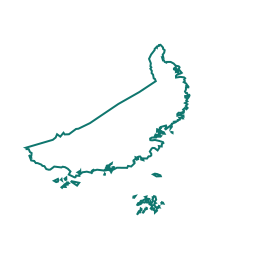 outline of Camarines Norte, Camarines Norte, Philippines, rotated 125°
{"feature_id": "2640588B74898440822212", "entity_name": "Camarines Norte", "entity_type": "district", "adm_level": 2, "iso_a3": "PHL", "parent_name": "Philippines", "parent_adm1": "Camarines Norte", "projection": "orthographic", "projection_center": [122.776, 14.169], "detail": "fine", "context": "isolated", "style": "outline", "palette": "teal", "viewbox_px": 256, "rotation_deg": 125, "n_neighbors": 0, "source": "geoboundaries", "source_scale": "gbopen_adm2", "svg_char_len": 5836}
<svg xmlns="http://www.w3.org/2000/svg" viewBox="0 0 256 256"><g transform="rotate(125 128 128)"><path d="M202.8,200.4L202.5,198.8L203.3,198.7L202.3,197.1L203.9,194.6L203.8,192.6L206.1,191.3L207.2,191.5L207.6,191.1L207.4,190.6L207.7,190.3L207.9,190.8L207.3,192.8L206.3,192.5L207.4,192.8L210.1,188.7L208.8,185.9L209.6,183.4L208.6,181.9L207.7,177.9L208.1,176.4L207.2,174.6L208.5,171.4L207.6,168.9L206.6,167.8L201.9,166.3L198.5,159.9L197.2,159.3L196.2,157.1L195.9,153.9L196.6,150.2L200.1,149.8L199.1,143.5L198.5,142.8L196.7,143.2L195.1,140.4L193.0,142.0L193.2,143.8L191.6,143.1L192.2,142.0L190.9,142.2L192.9,140.6L190.4,139.9L187.4,136.7L185.6,132.2L185.0,132.8L184.0,133.0L182.7,132.7L182.0,132.1L181.0,132.0L182.0,132.0L184.3,132.7L185.0,132.6L185.3,132.2L182.7,131.8L179.9,129.4L176.6,123.3L173.5,122.5L172.9,123.0L172.3,122.5L171.8,123.5L171.2,123.7L169.4,122.5L170.6,122.8L170.4,121.8L168.1,121.9L166.2,121.1L166.9,120.8L168.1,121.7L170.0,121.3L171.3,122.1L171.3,118.2L170.2,117.2L169.1,118.2L168.5,117.7L168.6,117.0L167.2,117.2L168.6,116.8L169.2,118.1L169.3,116.7L168.4,116.3L171.4,117.4L172.2,117.0L166.9,114.3L161.1,105.8L159.1,106.2L157.7,103.3L153.1,102.4L152.0,103.3L152.4,104.1L151.5,104.9L148.5,104.1L147.6,105.0L147.4,104.3L148.9,103.5L149.0,102.7L147.6,101.8L145.4,103.8L145.7,103.2L144.4,101.8L144.8,100.3L146.3,99.1L145.6,96.9L144.3,98.3L142.1,94.9L139.4,94.9L138.7,93.8L137.2,93.2L135.8,94.1L134.8,96.6L131.2,96.8L130.1,96.3L129.2,94.7L129.4,90.9L126.2,91.0L125.1,92.3L123.8,89.8L121.7,91.1L120.0,90.4L119.5,91.2L120.4,94.2L120.4,94.3L119.9,94.3L120.5,94.5L122.3,99.0L124.3,101.2L125.1,102.7L124.7,103.2L123.9,103.8L122.1,102.9L119.7,99.5L118.2,99.3L119.2,101.4L117.5,101.7L116.5,98.6L117.1,98.2L118.2,98.9L116.5,96.4L115.6,96.3L116.4,98.7L115.7,99.2L114.9,98.7L115.1,99.3L113.2,101.3L114.3,102.2L112.3,103.4L111.5,101.2L111.8,100.2L113.4,99.9L113.5,99.3L113.3,98.3L112.1,98.0L111.8,96.7L112.6,96.1L111.7,94.7L110.9,96.3L111.5,97.9L111.3,100.7L109.5,102.0L109.0,101.1L108.2,101.6L104.2,98.3L104.9,97.4L107.3,97.1L107.4,96.3L99.7,94.1L99.3,94.5L96.4,92.6L96.2,93.6L94.6,91.9L93.5,91.3L92.9,91.8L91.6,90.4L90.8,90.5L90.2,91.8L88.6,89.8L89.0,89.0L88.7,88.6L88.2,89.8L86.9,89.7L86.7,89.1L85.9,89.8L87.2,91.5L87.2,92.8L89.6,94.6L88.4,95.6L86.5,95.3L85.3,93.5L85.8,92.9L84.7,93.0L84.5,91.8L84.7,92.2L84.9,92.1L83.7,91.2L82.8,91.4L82.8,92.2L81.6,92.2L81.3,93.4L79.1,92.9L79.1,90.9L77.4,90.7L76.9,93.2L74.5,93.0L74.8,95.6L72.1,94.6L71.9,96.1L69.5,96.0L70.2,98.5L69.1,99.5L67.8,98.1L67.6,96.0L66.2,96.2L65.8,96.7L66.9,97.4L65.5,99.8L66.1,100.5L65.5,102.2L63.3,102.6L61.4,103.9L60.1,101.9L59.6,102.1L59.1,103.3L59.5,104.6L58.7,104.7L58.2,106.0L58.4,108.7L56.9,108.4L56.1,109.8L54.5,109.7L54.4,111.2L56.1,114.4L59.1,117.6L57.8,118.6L56.1,118.4L55.1,117.4L54.4,118.2L53.4,116.3L52.0,115.6L51.1,118.9L51.8,119.6L53.1,119.2L54.2,120.3L52.3,120.4L54.1,121.3L53.2,122.0L53.6,124.0L52.9,124.5L51.0,123.9L52.0,121.2L51.5,120.2L48.7,120.6L48.4,121.9L49.6,124.7L49.0,127.6L49.4,130.9L51.6,134.1L52.4,134.0L52.8,135.8L51.9,137.7L52.5,138.2L50.6,140.6L50.1,139.4L48.1,141.6L45.5,141.6L43.2,142.6L43.1,144.6L42.0,145.5L41.2,149.1L42.3,150.2L42.9,149.7L44.6,151.0L45.5,150.5L45.4,151.1L48.0,151.5L48.9,150.9L54.6,151.2L59.3,150.4L61.9,146.4L64.5,145.1L64.9,143.7L66.6,143.7L67.5,141.3L69.5,140.1L69.9,138.1L72.6,135.4L72.4,134.1L73.7,132.1L92.2,139.4L113.9,149.7L145.9,162.0L157.0,168.2L158.6,170.0L167.0,172.8L169.6,176.2L168.9,178.1L173.9,178.5L173.8,182.5L177.3,181.8L180.8,182.8L202.8,200.4ZM179.1,56.8L178.5,57.9L177.1,58.1L176.3,61.9L174.8,62.9L173.6,62.2L173.6,63.2L172.5,63.9L170.6,63.8L168.5,66.2L168.9,67.6L169.8,67.4L170.5,68.1L171.6,66.9L172.5,67.1L173.4,65.6L176.6,65.5L175.4,67.3L178.1,66.6L177.9,64.7L177.0,63.4L180.9,63.2L181.0,61.9L179.7,62.2L178.9,60.5L180.4,59.9L180.4,58.4L181.8,57.4L179.1,56.8ZM183.7,76.6L185.6,76.4L185.5,75.7L182.8,73.9L180.4,73.5L179.5,71.5L178.0,71.5L178.2,69.6L177.5,69.1L176.9,68.7L176.7,69.3L174.0,70.0L175.0,72.0L176.3,71.3L177.0,71.8L176.7,73.3L179.0,74.3L180.3,75.7L182.4,75.5L183.7,76.6ZM200.9,136.6L203.9,143.6L204.5,143.6L204.4,136.7L200.9,136.6ZM151.3,76.9L148.7,73.5L148.2,74.3L149.0,77.7L150.0,79.8L151.6,80.8L151.3,76.9ZM173.9,116.4L172.8,116.5L172.4,117.3L172.0,120.1L172.8,122.0L172.7,122.1L172.4,122.2L173.0,122.8L173.1,122.5L175.2,122.1L174.6,122.5L176.0,122.6L177.2,123.6L173.5,120.0L173.1,117.9L173.9,116.4ZM212.2,154.7L210.8,155.0L209.9,156.2L213.7,158.3L213.5,155.8L212.2,154.7ZM212.1,145.3L210.7,147.4L214.7,148.5L214.8,147.7L213.6,147.7L212.1,145.3ZM187.7,69.8L186.6,70.4L186.6,71.4L188.3,70.6L190.0,71.4L193.9,70.9L190.7,70.6L190.2,69.8L188.9,70.5L187.7,69.8ZM206.5,149.5L205.7,148.9L204.0,150.2L205.9,150.8L206.5,149.5ZM209.0,145.0L207.9,146.5L210.1,147.4L210.0,146.1L209.0,145.0ZM179.4,82.9L181.0,84.2L182.0,83.7L181.6,82.9L179.4,82.9ZM183.5,66.1L182.8,66.6L182.9,67.2L184.4,66.8L183.5,66.1ZM103.7,92.9L101.8,92.8L101.1,93.5L102.1,93.7L103.7,92.9ZM171.7,122.1L170.8,122.8L171.0,123.5L171.8,123.3L171.7,122.1ZM169.6,55.6L169.1,56.5L169.3,57.4L170.2,56.8L169.6,55.6ZM207.2,144.8L207.0,146.0L207.8,146.4L207.7,145.2L207.2,144.8ZM175.0,56.7L174.3,57.4L174.3,57.9L175.6,57.4L175.0,56.7ZM174.6,74.4L174.7,73.2L173.6,73.6L174.6,74.4ZM187.3,66.9L187.2,67.4L188.7,67.4L188.6,67.0L187.3,66.9ZM176.3,57.8L175.9,58.0L175.2,58.0L176.6,58.8L176.3,57.8ZM179.6,120.2L178.8,120.5L178.7,120.9L179.8,120.7L179.6,120.2ZM106.5,88.7L105.9,89.1L106.4,90.2L106.6,90.0L106.5,88.7ZM208.8,153.2L208.8,152.5L208.6,152.8L208.2,152.9L208.0,153.1L208.8,153.2ZM172.8,122.0L172.1,121.7L172.3,122.2L172.8,122.0ZM177.2,68.2L176.6,68.0L177.1,68.5L177.2,68.2ZM185.8,67.1L185.2,67.0L185.1,67.3L185.8,67.1ZM170.4,57.5L169.9,57.5L170.3,57.7L170.4,57.5ZM175.2,55.7L174.5,55.6L174.8,55.7L175.2,55.7ZM208.2,145.1L208.0,145.5L208.0,146.0L208.1,145.9L208.2,145.1Z" fill="none" stroke="#0f766e" stroke-width="2"/></g></svg>